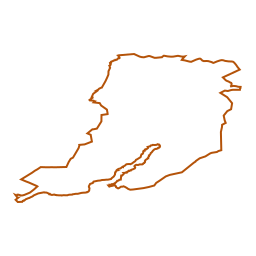 Granvin nor, Hordaland, Norway (Equal Earth projection)
{"feature_id": "86288312B43421694562872", "entity_name": "Granvin nor", "entity_type": "district", "adm_level": 2, "iso_a3": "NOR", "parent_name": "Norway", "parent_adm1": "Hordaland", "projection": "equal_earth", "projection_center": [6.647, 60.544], "detail": "fine", "context": "isolated", "style": "outline", "palette": "amber", "viewbox_px": 256, "rotation_deg": 0, "n_neighbors": 0, "source": "geoboundaries", "source_scale": "gbopen_adm2", "svg_char_len": 5765}
<svg xmlns="http://www.w3.org/2000/svg" viewBox="0 0 256 256"><path d="M236.1,64.9L234.7,63.2L233.6,62.1L232.9,61.7L231.6,61.5L228.7,61.4L225.1,60.9L223.3,60.3L221.8,60.1L220.2,60.4L217.1,61.4L213.5,62.9L212.4,62.6L212.0,62.2L208.2,61.1L206.5,61.0L203.8,61.1L203.0,60.8L202.4,60.6L200.8,59.0L200.0,58.6L198.7,58.8L196.2,59.6L191.2,61.8L189.5,61.6L184.8,60.4L181.8,59.9L182.4,59.0L184.8,56.4L183.8,56.6L181.9,56.6L178.4,55.9L177.4,55.9L173.3,56.6L171.3,56.7L167.7,56.4L163.9,55.7L162.5,56.6L162.0,57.2L156.1,57.8L154.5,57.8L150.1,56.2L149.1,56.0L148.3,56.1L143.9,57.3L141.6,57.1L139.7,56.6L134.0,54.0L118.8,55.3L118.1,55.5L118.8,56.1L118.7,56.5L119.1,57.1L119.3,57.2L119.6,57.9L119.5,58.1L118.9,58.4L118.3,58.3L118.1,58.5L117.7,58.6L117.1,59.5L116.6,59.8L116.0,59.8L115.6,60.0L115.3,59.9L115.2,60.1L114.9,60.1L114.5,60.4L114.0,60.4L113.2,60.8L112.9,61.1L112.4,61.2L111.1,61.7L111.0,61.8L111.2,62.1L111.1,62.3L111.1,62.5L110.8,62.6L110.5,62.9L110.0,63.0L110.2,63.9L110.6,64.1L110.4,64.5L110.6,64.8L110.3,65.2L110.0,65.3L109.4,65.7L109.8,66.2L109.7,67.0L110.1,67.8L108.5,71.2L108.4,74.6L107.0,77.9L105.4,81.3L101.8,87.6L101.4,87.6L99.1,88.7L98.1,89.7L97.2,90.2L97.8,90.2L97.7,90.5L93.2,93.8L91.8,96.9L92.3,96.9L92.5,97.1L92.5,97.4L92.6,97.7L89.5,100.0L89.8,100.4L93.6,100.7L94.3,101.2L94.8,101.3L93.7,102.4L99.7,103.1L101.1,105.5L106.9,109.6L107.6,113.4L107.6,114.1L101.5,115.0L101.4,121.4L96.9,128.6L93.4,129.3L92.4,129.3L87.4,133.4L90.7,134.8L91.9,141.6L84.6,144.4L79.3,144.9L79.4,145.4L79.2,146.1L78.6,148.1L73.0,157.6L70.7,158.8L68.7,162.0L66.4,167.0L54.3,167.3L52.0,167.2L47.0,167.3L40.7,167.1L37.4,169.3L34.9,170.7L32.1,172.7L21.2,179.4L25.9,181.4L28.8,182.5L36.8,186.0L37.4,186.4L33.8,189.6L29.9,192.6L24.4,194.9L22.6,195.4L21.3,195.5L18.5,194.7L17.6,194.7L17.6,194.9L17.5,195.1L17.0,195.2L16.1,195.2L15.4,194.9L15.8,195.5L16.6,196.3L16.9,197.0L17.3,197.5L17.8,197.7L18.2,197.7L15.6,199.8L17.8,202.0L22.2,201.8L22.3,201.5L22.6,201.3L22.8,200.9L23.8,200.8L23.9,200.4L24.7,200.2L25.7,199.3L28.6,198.1L29.2,198.0L30.9,197.1L32.1,196.6L33.1,196.0L33.4,195.6L34.6,195.0L38.3,193.4L44.1,192.3L44.5,192.5L45.8,192.5L46.9,192.7L47.9,193.2L48.7,193.5L48.9,193.9L49.6,193.9L49.6,194.3L50.3,194.3L51.3,194.9L52.6,194.9L53.8,194.6L54.7,194.6L55.2,195.0L56.3,195.0L56.6,195.2L57.6,195.2L58.6,195.3L61.3,195.3L61.6,195.5L63.3,195.2L67.3,195.3L68.3,194.9L69.6,194.7L72.2,194.6L72.9,194.2L73.5,194.2L75.8,193.8L77.8,193.8L81.4,192.9L83.4,192.7L85.4,192.6L87.0,192.3L87.1,192.0L88.3,191.7L89.1,190.7L89.3,190.0L89.3,189.2L89.5,188.2L88.9,187.0L88.9,186.2L90.1,183.9L91.7,183.4L92.2,183.1L92.6,183.1L93.1,182.7L93.6,182.3L93.3,182.4L93.2,182.2L93.4,182.0L93.6,181.6L97.9,180.7L100.2,180.5L102.0,180.0L104.3,179.9L106.2,179.7L107.8,179.7L111.1,179.0L111.3,178.6L111.9,178.0L113.8,176.5L115.0,174.5L115.0,173.1L115.4,172.7L115.2,172.5L115.4,172.0L115.8,171.4L116.5,170.9L116.6,170.4L117.3,170.3L117.1,170.2L117.1,169.8L117.4,169.6L118.5,168.9L120.5,168.4L122.1,167.1L122.6,167.0L123.0,167.1L123.0,166.9L122.8,166.9L122.9,166.6L123.3,166.5L123.6,166.3L124.6,165.8L125.4,165.2L125.9,164.6L126.7,164.2L127.7,164.1L129.2,164.0L130.5,164.2L131.1,163.8L131.8,163.6L133.9,162.0L134.8,161.5L135.4,160.9L136.0,159.8L137.3,159.2L140.6,157.1L140.8,156.5L141.1,155.3L141.5,154.3L142.2,154.1L142.4,153.9L142.8,153.7L143.0,153.2L143.3,152.6L143.2,151.4L143.5,150.9L144.7,150.8L144.8,149.8L145.6,149.6L145.6,149.2L146.6,149.1L148.0,148.0L147.9,147.3L147.7,146.9L148.4,146.8L148.7,146.6L150.1,146.4L150.2,146.0L150.5,145.8L150.7,145.5L152.0,145.3L152.6,144.9L155.0,145.0L156.7,144.8L157.4,144.3L157.7,144.2L158.5,144.6L158.9,144.5L159.2,144.6L159.5,145.1L159.3,145.2L159.6,145.5L159.8,145.5L160.0,146.0L159.8,146.4L159.6,146.6L159.5,146.8L159.8,146.9L159.7,147.2L158.9,147.8L158.0,147.9L157.7,148.5L156.5,148.8L156.1,149.0L155.5,148.9L154.2,149.5L153.9,149.9L153.0,150.6L152.5,151.4L152.2,151.6L151.8,152.3L150.7,153.1L150.6,153.7L149.8,154.9L149.4,155.3L148.9,155.4L148.9,155.8L149.0,156.5L148.6,156.8L148.2,157.3L148.0,157.9L148.1,158.2L147.7,158.2L147.4,158.5L147.3,158.9L145.6,159.9L144.9,161.0L145.1,161.8L144.9,162.3L144.7,162.5L144.2,162.7L144.1,163.1L143.4,163.3L143.0,163.7L142.9,164.1L142.2,164.4L139.4,164.4L138.8,164.8L137.9,165.0L136.2,164.8L135.1,165.4L134.6,165.8L134.4,166.2L134.9,167.0L135.2,167.3L135.2,167.7L134.9,168.2L134.7,168.5L133.4,169.0L132.9,169.3L132.4,169.5L131.5,169.7L131.0,170.0L131.0,170.3L130.9,170.5L128.9,170.7L128.9,171.1L128.3,171.2L127.3,171.7L127.3,172.1L126.3,172.3L126.4,172.7L123.7,172.9L123.9,173.1L123.9,173.5L123.6,173.7L123.6,174.1L123.3,174.5L122.4,175.1L122.2,175.5L121.2,175.5L121.1,176.1L121.1,176.7L120.8,179.6L119.2,179.8L119.0,180.2L118.5,180.6L117.2,180.8L117.1,181.2L116.8,181.4L116.2,182.2L115.2,182.8L115.1,183.4L114.4,183.5L112.1,184.3L111.5,184.2L111.3,184.6L110.8,185.0L109.8,184.8L109.9,185.2L108.3,185.4L109.3,186.6L110.7,186.1L112.0,185.9L113.2,185.6L114.6,185.0L114.7,185.3L114.9,185.7L115.7,186.0L116.0,186.4L116.0,187.1L116.2,187.3L117.2,187.9L118.1,188.4L119.1,188.0L121.0,186.7L122.5,186.7L123.5,186.3L125.0,186.9L126.9,188.0L128.1,188.9L130.2,189.7L133.0,189.5L143.5,188.1L148.8,187.0L154.3,185.5L156.2,182.9L159.6,180.7L165.8,176.4L169.8,174.9L181.9,172.3L193.8,162.7L195.5,161.6L195.7,161.1L199.7,158.3L205.4,156.4L210.0,153.5L211.4,152.9L212.5,152.7L216.9,152.0L218.5,151.0L221.3,150.2L220.9,132.0L222.0,126.9L222.1,124.8L225.7,122.9L224.7,120.4L223.7,115.6L227.3,111.1L231.1,109.2L232.1,103.2L227.2,97.2L220.4,92.9L224.8,90.6L227.9,91.0L230.9,90.1L232.8,89.8L239.9,89.8L240.0,88.8L240.4,88.3L240.6,86.9L238.3,86.8L236.2,86.2L233.6,85.9L230.2,86.5L231.4,85.9L231.6,83.6L231.2,82.9L229.6,82.2L228.6,81.5L227.3,81.1L225.8,80.3L222.9,77.4L239.7,69.6L237.6,67.1L236.1,64.9Z" fill="none" stroke="#b45309" stroke-width="2"/></svg>